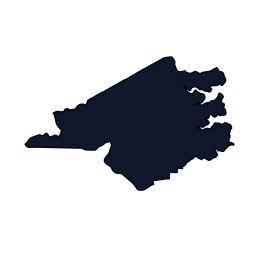 the district of Willoughby, New South Wales, Australia, rotated 351°
{"feature_id": "25037944B78861208186776", "entity_name": "Willoughby", "entity_type": "district", "adm_level": 2, "iso_a3": "AUS", "parent_name": "Australia", "parent_adm1": "New South Wales", "projection": "robinson", "projection_center": [151.215, -33.802], "detail": "fine", "context": "isolated", "style": "filled", "palette": "ink", "viewbox_px": 256, "rotation_deg": 351, "n_neighbors": 0, "source": "geoboundaries", "source_scale": "gbopen_adm2", "svg_char_len": 5929}
<svg xmlns="http://www.w3.org/2000/svg" viewBox="0 0 256 256"><g transform="rotate(351 128 128)"><path d="M56.6,101.7L57.4,103.3L57.7,106.8L57.9,108.8L57.8,109.9L58.0,111.4L58.7,114.4L59.7,116.2L61.1,118.3L61.9,119.8L61.5,121.4L61.1,122.3L59.9,124.1L58.7,125.3L58.1,125.5L57.5,125.4L56.1,124.3L55.0,123.8L53.7,123.8L52.0,124.5L50.8,124.7L49.5,124.7L48.8,124.6L48.3,124.1L47.8,121.8L47.5,121.2L47.0,120.7L46.3,120.5L45.7,120.6L43.4,122.2L42.7,122.3L42.0,122.3L40.4,121.3L39.5,121.0L38.6,121.0L31.9,122.3L29.9,123.0L28.1,124.4L26.1,126.6L24.4,127.4L24.1,127.8L24.0,128.3L24.6,129.6L26.3,131.4L32.0,132.1L37.7,133.1L78.6,140.5L79.2,140.7L82.7,142.9L91.6,144.6L92.3,144.5L93.4,144.1L94.2,143.5L95.6,142.0L99.2,141.2L101.3,140.2L103.4,138.9L108.3,138.4L109.1,141.7L109.1,142.5L108.9,143.5L107.3,145.7L105.3,150.0L101.4,153.5L100.2,155.0L99.8,155.8L99.6,156.5L99.8,158.1L100.7,159.6L104.9,163.4L106.6,167.9L107.8,169.3L109.7,170.8L113.5,171.6L114.4,172.0L115.1,172.5L124.1,183.1L125.9,186.1L127.6,189.6L128.2,190.4L129.2,190.9L132.5,191.6L134.0,191.4L135.9,190.8L142.0,188.1L144.5,187.5L143.9,184.1L145.5,183.9L157.2,184.1L160.9,184.5L161.9,178.3L169.5,179.5L169.7,178.2L170.2,177.0L170.5,175.5L175.4,176.4L175.6,174.9L177.5,174.1L178.1,173.7L179.0,173.2L179.5,172.6L180.7,170.7L181.6,171.0L182.0,170.9L184.4,169.3L187.3,168.3L188.1,167.6L188.4,166.9L188.4,166.7L189.6,166.9L190.6,166.8L191.6,166.9L193.1,169.0L194.8,169.8L195.2,170.2L195.6,170.3L196.0,170.6L196.4,170.0L197.1,169.6L199.4,169.6L199.8,169.8L200.7,171.2L201.3,171.4L201.5,171.7L203.0,172.5L203.7,172.6L205.2,171.8L206.2,171.5L207.3,170.7L208.5,170.7L209.0,170.4L209.9,170.6L212.1,168.5L212.1,168.0L211.5,166.4L210.9,164.3L210.4,163.5L209.7,162.9L210.1,162.5L210.1,161.8L210.8,162.1L212.4,162.4L213.5,164.6L215.3,164.3L215.6,164.9L215.9,165.3L216.5,165.3L217.3,165.7L218.4,165.9L218.7,165.9L219.5,165.1L220.7,164.3L221.0,163.5L221.2,163.3L221.5,163.2L221.7,163.3L222.1,163.2L223.1,162.3L224.4,161.7L224.4,161.4L224.7,161.1L225.0,161.1L226.1,160.7L226.8,160.9L226.9,160.7L228.4,160.9L229.4,161.3L230.0,160.8L229.4,159.7L227.9,158.8L226.8,158.5L226.4,158.3L226.5,158.1L225.8,157.6L225.5,157.0L225.7,156.5L225.6,156.0L225.8,155.2L226.8,153.6L227.4,151.8L227.1,150.6L227.2,150.3L227.0,150.0L227.1,149.0L228.0,147.9L228.2,147.5L228.4,146.7L228.4,146.0L228.6,145.5L229.8,144.9L230.2,144.4L230.3,143.7L230.0,141.9L229.7,140.9L228.8,140.3L227.7,140.0L226.3,138.5L225.2,138.1L224.2,138.2L223.5,138.4L222.6,139.1L220.8,139.1L220.2,138.6L218.8,137.9L218.8,137.7L218.5,137.6L218.5,137.8L218.0,137.5L216.0,137.1L215.0,137.0L214.9,136.8L214.0,137.2L213.7,137.5L213.5,138.0L212.5,139.1L211.8,139.5L211.7,139.8L211.1,139.9L211.1,140.4L210.9,140.5L211.0,140.7L210.5,141.2L210.2,141.4L210.0,141.2L209.7,141.2L209.2,141.4L209.3,141.6L207.7,142.1L207.4,141.9L207.3,141.3L207.0,141.0L205.5,140.7L200.4,141.9L200.1,140.9L199.5,140.2L197.5,138.8L195.8,138.3L196.0,138.0L196.2,137.9L198.1,137.8L200.2,138.2L201.7,138.8L202.6,138.8L202.9,138.7L203.9,138.0L204.2,138.0L206.0,137.2L207.3,136.9L208.2,136.5L208.8,135.6L208.8,134.5L208.5,134.0L207.8,133.4L207.2,132.3L206.1,131.5L206.5,131.0L208.4,130.9L209.4,130.4L209.7,129.9L210.0,128.9L210.9,127.7L211.1,126.6L211.7,126.8L212.0,127.4L212.5,127.9L214.2,130.0L215.3,130.7L215.8,130.6L217.5,129.9L218.1,129.5L218.4,128.9L218.6,128.8L220.0,129.2L220.9,130.1L223.2,129.9L224.6,130.3L225.7,130.2L226.2,129.9L226.6,129.4L227.0,128.7L227.1,126.4L226.8,125.1L225.9,123.7L225.6,122.9L226.0,121.7L226.5,120.9L226.7,119.6L226.4,119.1L225.3,118.3L224.5,117.4L224.3,117.1L224.2,116.5L224.3,116.1L224.9,115.2L225.3,114.0L226.8,112.4L227.0,111.5L226.7,110.9L225.7,109.4L224.9,108.5L224.4,108.2L223.7,108.1L223.3,108.2L222.9,108.6L222.6,109.3L222.5,109.9L221.1,111.9L218.7,113.8L217.8,114.2L216.5,114.4L214.8,114.2L212.7,115.5L211.0,115.6L209.9,115.4L209.7,115.6L208.0,115.8L206.7,116.2L206.0,116.7L205.1,117.1L203.9,116.8L202.7,116.2L201.7,115.8L199.4,115.3L197.9,115.5L196.6,115.9L197.6,115.0L198.5,114.4L199.0,114.3L201.0,114.6L201.7,114.9L202.1,115.2L202.5,115.2L202.6,114.9L204.1,114.6L205.3,114.0L207.3,112.1L208.4,110.8L208.6,109.9L208.7,109.2L208.7,108.3L208.4,107.3L208.1,106.7L207.6,106.3L204.4,105.0L203.9,104.6L201.8,102.7L201.1,101.5L200.7,101.3L199.7,101.6L199.0,102.8L197.4,103.9L196.2,104.1L194.9,103.8L192.0,101.1L190.7,98.4L190.0,97.4L189.8,97.0L189.9,95.6L191.3,97.1L193.3,99.7L194.4,100.4L195.3,100.7L195.7,100.6L196.2,99.2L196.8,98.5L197.0,98.1L198.9,97.9L199.8,97.4L200.3,97.3L201.5,98.0L202.0,98.4L203.3,99.3L203.9,99.9L204.3,100.8L204.8,101.3L207.4,101.6L210.0,103.5L211.6,104.0L213.4,104.9L214.4,105.0L215.3,104.7L215.6,104.3L216.1,103.2L216.7,102.9L216.6,102.7L215.6,101.5L215.0,100.4L215.0,100.2L215.7,100.2L217.1,99.4L218.1,99.2L220.0,99.6L222.0,99.7L223.7,99.6L224.6,99.0L225.0,98.5L225.2,98.1L225.1,97.6L225.4,97.5L225.7,97.6L226.1,99.1L226.5,99.8L227.2,100.4L227.9,100.5L231.0,97.8L231.8,96.6L232.0,95.0L231.3,93.1L231.2,91.4L230.7,90.7L230.8,89.4L230.6,88.7L229.1,87.2L227.7,86.8L226.5,85.9L226.3,85.5L226.2,84.9L225.8,83.9L225.6,83.0L225.1,82.4L222.7,83.0L220.2,84.1L218.8,84.5L217.0,84.8L210.9,84.8L208.9,85.3L207.9,85.8L207.1,85.5L205.5,84.1L204.0,83.1L203.0,82.7L202.4,82.8L199.9,83.7L197.2,83.8L196.7,83.6L194.9,82.4L194.1,82.1L193.5,81.3L193.3,80.5L191.9,80.6L191.0,80.8L189.7,80.9L188.0,80.6L186.9,80.2L185.5,79.0L184.7,77.0L184.4,74.8L183.8,72.9L184.4,70.7L184.5,69.6L184.0,67.9L183.5,66.7L182.4,64.8L182.2,64.7L180.2,64.5L174.5,64.4L173.2,65.1L172.6,65.1L171.0,65.8L158.7,70.2L145.5,75.0L144.6,75.5L134.1,79.5L132.2,80.1L131.8,80.1L108.0,89.0L107.7,89.1L107.6,88.8L92.8,94.5L92.4,94.8L92.1,95.8L91.7,96.5L91.1,97.1L90.5,98.9L89.0,98.5L87.9,97.6L85.0,97.2L83.9,97.4L81.7,98.4L78.8,101.3L77.0,101.1L74.5,101.3L73.9,101.1L71.7,99.8L70.4,99.5L69.4,99.5L68.8,99.8L68.1,100.7L67.3,101.5L66.3,102.0L64.6,101.4L63.5,101.7L62.0,100.8L60.6,100.6L59.0,100.8L56.6,101.7Z" fill="#0f172a" stroke="#020617" stroke-width="1.5"/></g></svg>